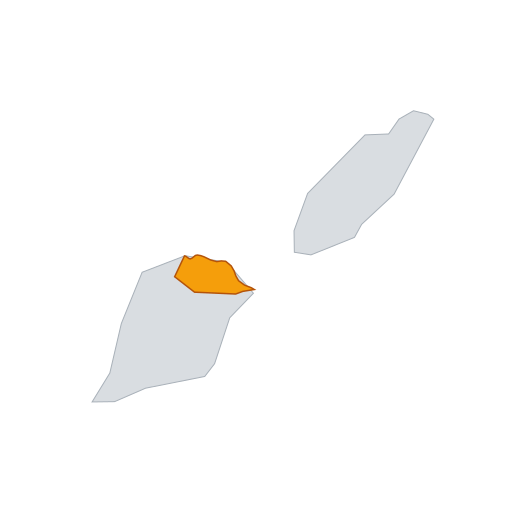 location of Fa'asaleleaga within Samoa, rotated 298°
{"feature_id": "WSM-4989", "entity_name": "Fa'asaleleaga", "entity_type": "state/province", "adm_level": 1, "iso_a3": "WSM", "parent_name": "Samoa", "parent_adm1": "", "projection": "albers", "projection_center": [-172.216, -13.68], "detail": "fine", "context": "in_parent", "style": "filled", "palette": "amber", "viewbox_px": 512, "rotation_deg": 298, "n_neighbors": 0, "source": "natural_earth", "source_scale": "10m", "svg_char_len": 854}
<svg xmlns="http://www.w3.org/2000/svg" viewBox="0 0 512 512"><g transform="rotate(298 256 256)"><path d="M188.2,163.1L222.9,193.2L236.8,233.1L221.9,271.2L189.1,261.8L141.5,270.0L125.6,267.3L87.4,220.5L61.0,199.5L50.2,179.8L84.0,181.9L133.2,168.8L188.2,163.1ZM460.3,348.8L375.5,348.9L333.6,334.4L318.7,334.2L282.8,304.0L277.3,288.1L296.2,277.7L335.5,272.2L414.1,295.4L426.0,315.8L444.1,318.0L458.2,326.9L461.8,341.2L460.3,348.8Z" fill="#d9dde1" stroke="#a8b0b8" stroke-width="1"/><path d="M222.5,192.8L222.8,194.2L222.3,197.8L222.5,199.2L224.2,200.6L228.0,202.2L229.3,203.7L230.4,207.1L230.9,210.5L231.2,217.9L232.6,224.0L235.4,227.7L237.1,231.7L235.6,238.8L232.5,243.7L228.9,247.6L226.0,252.2L224.9,259.6L225.8,266.9L225.6,270.2L218.6,261.0L212.9,255.9L195.2,218.7L199.5,193.9L222.5,192.8Z" fill="#f59e0b" stroke="#b45309" stroke-width="1.5"/></g></svg>